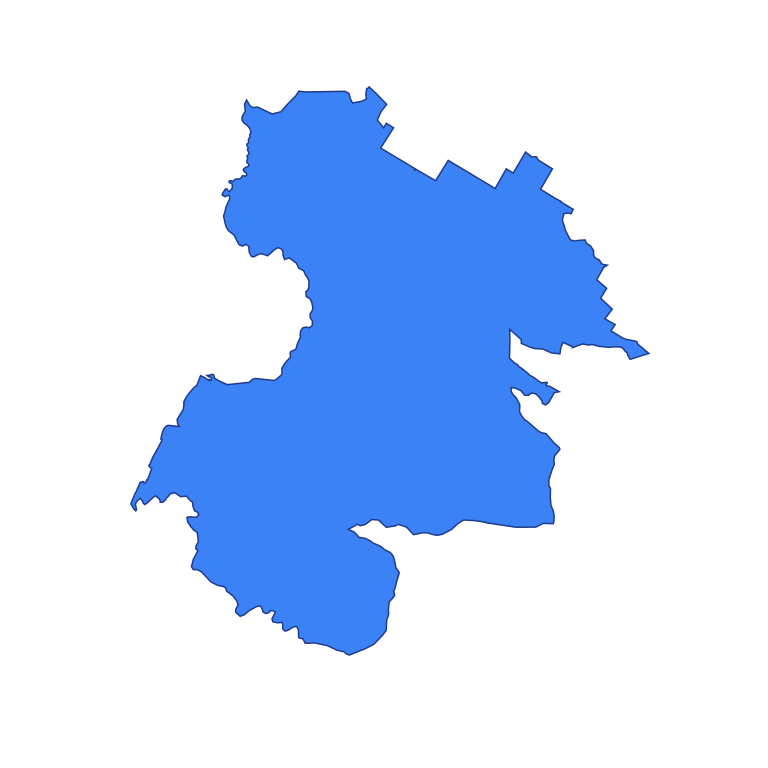 Tlalnelhuayocan, Veracruz, Mexico (Natural Earth projection), rotated 202°
{"feature_id": "50627088B87731139171896", "entity_name": "Tlalnelhuayocan", "entity_type": "district", "adm_level": 2, "iso_a3": "MEX", "parent_name": "Mexico", "parent_adm1": "Veracruz", "projection": "natural_earth1", "projection_center": [-96.975, 19.543], "detail": "fine", "context": "isolated", "style": "filled", "palette": "blue", "viewbox_px": 768, "rotation_deg": 202, "n_neighbors": 0, "source": "geoboundaries", "source_scale": "gbopen_adm2", "svg_char_len": 6171}
<svg xmlns="http://www.w3.org/2000/svg" viewBox="0 0 768 768"><g transform="rotate(202 384 384)"><path d="M200.4,538.9L215.3,544.7L213.4,556.1L225.9,560.4L224.0,574.3L221.5,577.8L226.8,576.8L231.0,579.7L234.9,579.8L237.6,581.5L239.8,586.3L244.3,589.4L249.2,590.5L251.5,592.9L257.9,589.8L260.2,588.2L264.3,587.4L266.3,588.3L274.0,595.0L275.6,597.5L280.1,602.8L281.0,609.5L277.1,611.5L274.4,612.0L273.9,616.8L288.3,619.0L288.2,619.5L296.1,620.5L311.8,623.2L308.4,646.6L324.1,649.3L326.6,650.5L327.3,651.7L329.0,651.3L331.9,649.9L339.6,652.1L343.2,628.0L351.2,629.3L354.2,606.9L408.2,615.4L412.3,591.8L435.1,595.1L435.3,593.8L435.9,593.9L435.6,595.2L475.5,601.5L471.1,625.1L479.5,626.6L480.3,621.4L489.1,626.2L488.8,635.5L486.3,644.3L500.8,650.7L509.1,653.9L509.7,652.2L510.4,650.8L510.6,650.9L509.2,645.3L507.4,642.5L507.6,640.9L510.6,637.8L518.4,632.8L521.5,635.3L525.4,640.3L530.0,640.7L563.5,626.5L568.0,624.8L572.6,623.7L573.7,618.3L578.8,605.9L581.6,597.8L588.7,592.5L605.1,593.4L608.8,591.3L612.3,591.6L617.8,595.8L618.1,591.1L614.8,585.2L615.6,579.7L615.3,577.4L614.7,575.9L614.3,575.3L611.5,573.5L607.3,572.4L604.2,570.6L601.8,567.8L601.6,566.5L601.9,564.9L600.8,562.7L601.3,560.8L601.3,559.9L600.1,557.1L600.1,556.5L600.9,555.3L600.9,554.6L599.9,553.3L598.3,552.1L598.5,550.1L595.8,547.8L595.6,546.1L596.5,544.4L596.3,543.7L594.9,542.3L594.7,539.3L594.3,538.3L593.8,537.8L591.5,537.1L591.0,536.1L591.8,534.5L593.7,532.8L594.8,530.5L594.6,529.7L593.3,528.6L591.6,528.4L590.2,527.5L589.7,526.4L590.0,524.9L593.3,524.2L593.6,522.1L594.3,520.6L595.6,519.6L597.4,519.0L599.1,517.5L599.7,515.2L601.8,515.3L603.2,514.7L603.6,513.8L603.2,513.0L602.6,512.7L600.4,513.0L599.5,512.2L598.0,508.6L599.5,504.4L600.8,504.5L602.5,506.0L604.1,505.5L605.2,499.4L604.6,498.5L601.5,498.1L599.1,500.7L598.1,501.0L596.7,498.5L596.5,498.0L596.8,488.8L596.0,484.3L595.7,479.7L591.5,473.5L589.0,470.3L585.3,467.7L578.6,465.9L575.6,463.0L570.6,458.9L566.9,458.8L564.2,461.8L561.0,461.0L558.4,455.8L554.7,452.6L552.4,453.1L547.8,458.4L543.2,459.2L539.9,459.3L535.6,467.9L533.2,470.9L529.6,470.7L527.5,469.1L525.8,465.5L522.8,462.2L519.1,465.4L510.4,463.2L506.4,459.4L501.0,459.0L497.4,455.5L494.5,453.7L491.4,450.5L491.3,448.8L489.9,445.6L489.8,442.4L491.0,440.3L488.8,435.9L484.7,435.4L481.4,432.4L478.6,428.1L478.0,425.8L478.8,421.4L477.3,418.0L474.0,415.6L472.4,411.2L474.6,408.0L477.6,407.6L480.4,405.5L481.2,401.8L480.2,398.4L479.0,396.0L479.4,389.2L478.8,383.8L479.3,382.6L482.7,379.0L482.7,377.4L481.3,375.3L480.9,373.6L483.1,367.8L484.0,364.3L484.6,360.0L482.6,356.1L482.5,354.0L485.6,348.0L487.2,346.1L505.2,341.0L507.9,338.8L509.5,335.1L529.1,324.7L537.2,325.0L543.3,325.9L544.8,328.1L545.9,328.8L546.5,328.8L550.0,326.2L551.2,325.7L549.1,325.1L547.0,325.4L545.9,324.6L545.9,322.5L547.6,322.7L547.4,321.9L551.6,322.3L552.7,322.8L557.2,323.0L557.0,312.7L558.7,309.9L560.8,304.0L562.3,298.6L562.8,293.7L562.8,291.8L562.2,291.1L560.6,285.5L562.5,273.6L560.4,269.8L557.9,267.9L568.6,264.8L569.4,264.3L570.5,262.4L571.4,259.5L571.3,255.7L570.3,249.4L569.0,249.6L568.9,248.1L569.6,240.2L571.0,229.2L571.0,222.1L571.5,220.1L570.2,219.2L567.7,218.7L567.3,206.6L568.2,206.3L567.8,203.4L569.4,202.3L570.1,203.3L571.4,203.0L572.4,201.7L573.2,201.6L573.5,190.4L573.8,189.7L573.8,178.2L569.3,174.5L566.6,173.4L566.3,174.6L569.6,179.7L569.2,182.7L567.1,186.6L565.4,186.0L562.2,183.1L560.7,182.6L559.1,184.8L555.6,192.4L553.9,194.8L550.0,193.5L548.2,192.3L547.1,190.5L544.8,191.5L543.1,194.8L543.3,196.2L541.5,199.9L541.5,201.3L540.3,203.2L539.4,203.0L537.9,204.6L535.4,204.5L530.4,203.3L525.3,206.0L519.8,203.3L517.2,202.6L515.3,199.0L512.1,195.5L509.9,195.4L507.6,194.5L506.8,193.1L507.9,190.2L515.0,187.8L516.7,186.5L514.3,182.5L510.2,179.7L506.1,177.5L501.5,176.3L497.0,168.1L497.6,163.1L496.6,160.6L494.0,159.7L495.1,150.3L494.1,142.5L491.2,140.5L487.4,141.9L482.7,141.4L470.8,135.8L467.6,135.3L461.9,135.1L457.4,136.0L454.7,135.8L452.2,132.9L444.6,130.9L439.4,127.8L436.6,124.7L437.0,119.5L436.0,116.8L430.3,114.7L427.0,117.8L424.3,123.0L419.2,129.5L415.5,132.0L412.9,130.0L410.7,127.3L407.8,126.9L405.0,128.9L404.3,131.6L401.3,132.2L399.3,131.8L399.9,124.3L397.9,121.9L393.6,122.6L389.1,124.7L387.9,123.3L386.0,118.9L383.4,117.8L381.1,119.3L377.2,124.6L374.6,126.3L373.1,125.7L371.0,123.5L368.1,116.8L363.6,117.3L359.9,114.1L351.1,118.0L338.4,120.2L328.1,119.6L320.2,120.8L318.4,119.7L314.6,119.7L302.6,131.2L296.0,138.7L291.2,150.5L289.7,156.4L293.2,166.4L293.2,170.7L294.2,174.3L295.2,175.7L296.9,181.3L297.4,184.4L295.3,189.9L295.1,192.4L297.5,195.6L297.2,198.3L298.3,205.6L299.0,213.9L299.6,215.2L304.3,218.2L306.9,222.5L310.7,227.7L314.9,230.1L321.2,230.6L326.3,232.2L335.0,232.5L337.8,233.4L343.1,233.9L349.6,232.5L356.1,235.6L362.6,235.8L356.0,244.1L353.0,243.7L348.9,246.5L344.5,253.8L338.1,255.8L328.2,252.0L320.3,256.7L318.3,259.2L309.4,259.7L300.2,255.4L291.8,260.8L287.8,262.3L282.7,262.7L278.0,263.6L273.4,266.7L266.8,274.6L263.1,282.5L259.1,287.8L250.1,290.9L243.2,292.7L235.6,294.0L208.1,300.6L189.6,308.2L184.2,314.4L174.7,317.9L175.4,321.5L176.8,325.3L179.7,330.1L183.4,333.5L187.5,341.5L190.4,349.4L193.1,351.5L195.3,357.3L196.1,368.2L196.0,373.4L198.0,377.1L198.9,381.4L196.4,389.3L197.4,390.5L204.9,393.4L215.1,398.7L219.7,397.8L223.2,398.2L237.0,403.0L240.6,403.8L244.6,406.2L247.8,408.8L250.4,415.8L256.7,421.0L260.5,422.5L263.3,424.8L264.8,428.4L260.3,429.4L254.5,429.1L249.4,426.2L245.8,427.6L243.7,431.1L239.3,431.7L235.1,429.9L231.3,427.6L229.8,425.3L226.4,425.1L224.3,428.5L222.9,439.7L218.7,442.5L229.0,443.9L232.8,443.4L233.6,444.2L233.1,446.0L233.4,446.6L238.8,443.9L247.7,446.2L252.5,446.7L254.9,447.9L263.1,450.3L265.3,450.5L267.6,452.0L271.5,452.6L277.3,454.9L284.2,473.1L287.9,481.8L273.3,476.5L271.9,473.1L262.4,472.9L257.6,473.3L249.9,475.9L240.9,475.5L232.2,477.8L233.7,484.2L233.6,489.7L222.4,489.1L222.5,488.6L214.9,495.5L208.6,496.9L205.9,498.6L198.6,499.5L189.1,502.3L184.9,504.5L179.1,506.8L176.5,506.8L174.1,505.7L172.4,504.5L170.2,504.2L168.8,501.9L165.0,499.1L149.9,511.6L163.9,516.1L165.4,517.9L166.7,518.0L177.0,516.0L180.1,516.1L193.5,518.3L191.9,525.7L203.6,527.2L200.4,538.9Z" fill="#3b82f6" stroke="#1e3a8a" stroke-width="1.5"/></g></svg>